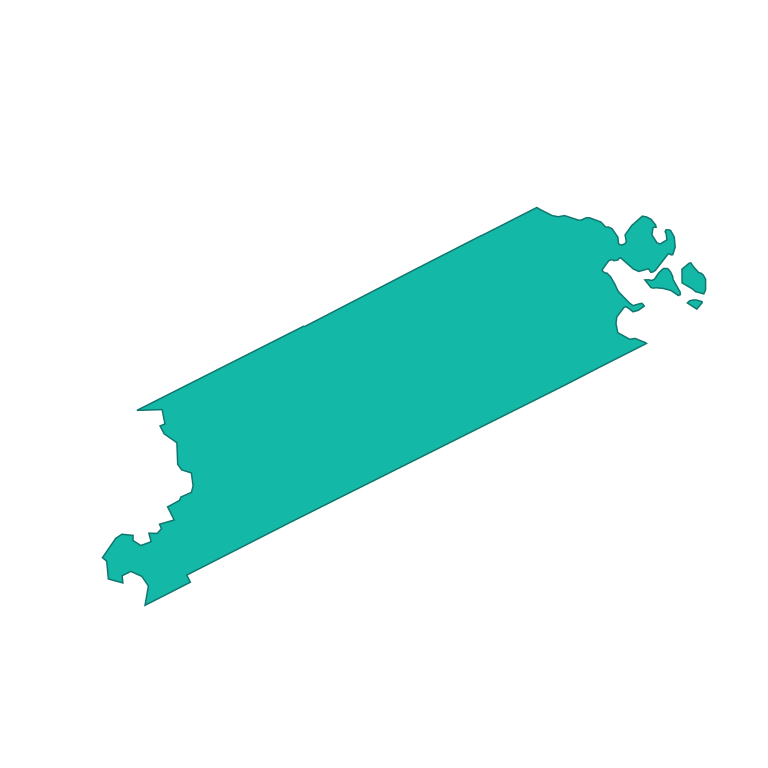 the district of Skagit, Washington, United States of America, rotated 153°
{"feature_id": "52423323B93114504552564", "entity_name": "Skagit", "entity_type": "district", "adm_level": 2, "iso_a3": "USA", "parent_name": "United States of America", "parent_adm1": "Washington", "projection": "mercator", "projection_center": [-122.193, 48.477], "detail": "fine", "context": "isolated", "style": "filled", "palette": "teal", "viewbox_px": 768, "rotation_deg": 153, "n_neighbors": 0, "source": "geoboundaries", "source_scale": "gbopen_adm2", "svg_char_len": 2182}
<svg xmlns="http://www.w3.org/2000/svg" viewBox="0 0 768 768"><g transform="rotate(153 384 384)"><path d="M713.7,357.1L711.5,352.1L718.1,335.4L707.0,325.3L704.3,332.1L694.6,331.9L687.1,322.5L685.6,311.0L697.4,295.3L646.5,295.3L646.5,303.3L531.4,303.3L222.4,300.9L220.6,300.9L185.6,301.1L131.7,301.0L132.3,302.2L139.7,310.7L144.8,312.3L152.4,323.6L149.9,332.5L146.1,338.1L135.1,343.4L133.8,343.3L131.8,340.8L129.4,335.3L124.0,334.2L116.7,335.2L116.8,336.1L117.6,338.8L119.8,339.5L126.6,340.8L128.6,345.0L132.9,358.8L133.3,361.8L133.0,367.9L133.4,376.3L135.0,381.6L136.6,382.6L137.9,384.9L138.0,386.3L137.2,387.0L127.8,391.8L124.4,391.4L123.2,389.5L119.3,388.3L117.4,389.3L115.9,389.0L109.6,373.2L105.9,368.6L96.0,366.6L95.5,362.3L93.2,361.7L90.5,362.1L72.2,370.7L70.4,370.4L69.7,368.8L68.0,368.1L62.4,373.8L60.6,378.3L58.7,383.0L58.9,390.2L59.5,391.5L62.7,393.4L64.4,392.0L64.3,389.9L66.5,384.0L74.4,383.4L76.7,385.9L77.6,395.2L73.6,400.9L71.4,401.1L71.3,400.5L70.4,400.1L69.8,402.3L71.3,409.6L74.2,413.6L77.6,416.3L91.4,412.7L101.5,407.4L103.6,400.5L105.8,399.6L109.4,399.9L111.4,402.3L109.0,408.6L110.3,418.8L112.6,421.8L115.2,423.1L117.2,429.9L125.6,439.0L128.8,440.4L133.8,440.5L136.0,441.4L146.7,452.1L152.8,453.9L157.8,457.8L165.7,468.7L167.7,471.9L225.4,471.9L231.5,472.1L292.2,472.0L301.8,472.0L428.5,471.2L429.6,472.0L616.1,472.7L593.3,461.9L597.3,447.9L602.6,448.3L602.5,439.4L595.2,425.7L604.3,406.1L603.3,399.3L596.0,392.2L600.4,379.8L604.8,374.9L616.3,375.5L618.9,373.1L632.6,372.8L632.7,358.1L647.7,361.0L647.9,356.2L653.9,353.8L661.2,357.8L663.1,349.2L674.0,350.5L678.7,358.5L676.3,363.0L685.7,369.1L693.0,368.3L713.7,357.1ZM49.9,331.3L50.1,336.3L51.1,338.7L53.0,340.3L55.1,348.1L55.6,352.6L57.3,353.1L66.4,351.0L72.5,338.8L65.6,328.0L64.7,325.1L58.2,319.1L54.8,321.8L49.9,331.3ZM78.0,348.5L77.8,353.9L78.5,357.2L79.5,358.5L82.3,359.9L83.9,359.8L89.0,358.2L95.5,354.5L98.7,354.8L100.8,356.7L104.3,358.3L102.4,348.9L100.7,347.3L97.8,346.2L92.0,342.5L85.9,337.1L81.6,329.2L79.4,329.1L78.4,331.6L79.0,346.0L78.0,348.5ZM63.6,312.0L63.2,313.0L67.4,316.9L70.5,318.5L73.9,319.4L76.9,318.5L71.3,308.7L63.6,312.0Z" fill="#14b8a6" stroke="#0f766e" stroke-width="1.5"/></g></svg>